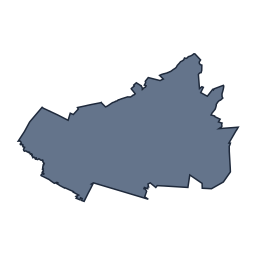 Ocampo, Coahuila, Mexico (Albers equal-area conic projection), rotated 268°
{"feature_id": "50627088B78546697072074", "entity_name": "Ocampo", "entity_type": "district", "adm_level": 2, "iso_a3": "MEX", "parent_name": "Mexico", "parent_adm1": "Coahuila", "projection": "albers", "projection_center": [-103.054, 28.057], "detail": "fine", "context": "isolated", "style": "filled", "palette": "slate", "viewbox_px": 256, "rotation_deg": 268, "n_neighbors": 0, "source": "geoboundaries", "source_scale": "gbopen_adm2", "svg_char_len": 5165}
<svg xmlns="http://www.w3.org/2000/svg" viewBox="0 0 256 256"><g transform="rotate(268 128 128)"><path d="M84.2,228.8L101.1,228.4L103.9,228.5L106.1,228.5L108.3,229.5L109.3,229.8L109.4,228.3L111.8,229.8L121.2,235.7L122.4,236.6L125.0,238.2L124.8,234.3L124.2,218.9L125.8,221.5L126.4,221.9L128.5,221.8L128.9,221.8L129.6,222.2L130.9,218.6L133.6,220.4L135.9,215.9L136.5,215.0L137.0,215.0L138.1,211.5L140.0,212.5L141.3,213.7L143.8,215.8L145.1,216.3L147.4,217.0L148.5,217.0L151.0,218.8L152.3,220.3L152.6,221.4L154.6,223.8L156.1,223.1L158.8,223.1L162.2,224.2L163.6,224.6L165.9,225.1L166.8,225.1L167.3,224.8L164.2,215.5L163.2,214.8L163.8,214.5L163.7,214.0L157.0,208.4L158.5,205.8L160.2,203.0L160.8,201.9L166.0,204.7L166.7,203.3L164.9,200.8L179.1,200.2L180.5,201.5L180.8,203.0L183.0,203.7L188.3,204.0L188.8,202.5L190.2,201.5L191.5,201.5L193.5,202.9L199.7,197.5L199.9,196.5L198.6,194.7L197.7,192.8L197.2,190.8L196.0,189.6L195.5,188.5L196.0,186.9L194.1,186.0L193.2,184.6L192.4,182.8L190.9,181.5L188.9,179.5L188.1,179.0L186.9,178.3L186.2,177.5L185.2,175.9L185.1,175.6L183.4,173.2L182.8,172.0L182.8,171.7L182.2,170.4L182.0,170.0L182.0,169.5L181.7,169.1L181.4,167.9L181.2,166.9L181.0,166.1L180.8,165.0L180.6,164.5L180.5,163.9L179.5,161.4L175.7,165.0L174.3,161.7L177.7,150.0L174.1,146.9L172.6,147.2L170.3,145.8L169.6,147.5L168.8,147.2L168.2,146.8L168.2,146.4L167.8,145.9L167.7,145.6L167.3,145.0L166.0,143.8L165.9,143.6L167.8,143.6L168.7,143.1L169.7,142.7L169.6,142.4L170.0,142.2L172.9,137.9L170.7,135.2L169.7,135.7L167.7,133.1L167.3,132.6L166.9,132.7L162.0,136.4L161.7,136.2L161.2,135.6L161.2,135.4L160.9,135.2L160.8,134.9L160.6,134.5L160.7,134.2L160.3,133.9L160.1,133.5L158.9,131.7L159.1,128.6L157.4,122.5L156.5,119.9L156.5,119.4L156.3,119.2L156.1,118.7L155.6,118.2L155.4,117.8L155.3,117.2L155.2,116.6L154.9,116.1L154.6,115.8L154.6,115.5L154.4,115.0L154.2,114.6L154.1,114.3L154.1,114.1L153.9,113.4L150.8,108.4L150.2,107.2L149.9,106.2L154.0,102.4L154.5,102.2L154.4,102.0L154.1,100.8L152.8,92.5L151.9,87.5L151.7,86.6L150.2,78.2L148.7,79.0L143.4,73.8L144.8,70.8L137.8,68.4L143.5,58.2L150.7,44.1L151.7,42.9L139.2,31.5L137.4,29.9L128.1,24.4L118.7,17.8L118.7,18.0L118.8,18.2L118.8,18.4L118.7,18.6L118.8,18.7L119.0,18.8L119.1,19.0L119.0,19.4L118.9,19.5L118.7,19.7L118.2,20.0L118.1,20.3L117.8,20.4L117.7,20.4L117.5,20.6L117.4,20.6L117.1,20.7L116.5,20.8L116.4,20.7L116.1,20.2L115.9,20.1L115.7,19.7L115.4,19.8L115.1,20.0L115.1,20.5L115.3,20.8L115.3,21.2L115.3,21.4L115.2,21.5L114.8,21.7L114.9,22.2L115.0,22.3L114.9,22.4L114.6,22.4L114.4,22.2L113.7,22.1L113.3,22.6L113.1,22.6L113.0,22.4L112.9,22.4L112.7,22.7L112.7,22.8L112.7,23.1L112.5,23.4L112.4,23.4L112.3,23.5L112.2,23.7L112.3,23.9L112.3,24.0L112.1,24.0L112.0,23.9L111.9,23.7L111.6,23.6L111.3,23.4L111.0,23.2L110.8,23.2L110.4,22.9L110.2,22.8L109.7,22.9L109.4,23.1L109.1,23.1L108.9,23.4L108.7,23.4L108.5,23.6L108.4,24.0L108.6,24.7L108.6,25.2L108.3,25.7L108.1,26.2L107.6,26.4L107.5,26.9L107.5,27.4L107.4,27.4L107.2,27.4L107.0,27.7L107.0,27.9L107.2,28.1L107.3,28.2L107.2,28.6L106.9,28.5L106.6,28.5L106.4,28.7L106.3,29.1L106.1,29.3L105.6,29.5L105.3,29.6L105.2,29.6L105.3,29.9L105.6,30.2L105.6,30.4L105.6,30.6L105.5,30.8L105.0,31.2L104.6,31.3L104.4,31.3L104.3,31.2L104.1,30.9L103.8,30.8L103.7,30.9L103.5,31.3L103.3,31.4L103.0,31.7L102.9,31.7L102.7,31.5L102.3,31.6L102.1,31.7L101.9,32.0L101.7,32.0L102.0,32.8L102.0,33.2L101.8,33.3L101.5,33.6L101.1,33.9L101.2,34.1L101.3,34.6L101.3,35.2L101.0,35.2L100.9,35.2L100.8,34.9L100.8,34.5L100.8,34.3L100.7,34.2L100.4,34.3L100.4,34.6L100.1,34.5L100.0,34.8L100.1,35.1L100.1,35.4L100.0,35.6L99.9,35.8L99.7,36.1L99.6,36.3L99.6,36.6L99.7,36.9L99.8,37.1L100.1,37.4L100.3,37.7L100.2,38.1L100.0,38.6L99.9,38.7L99.6,38.8L99.4,39.0L98.7,40.2L98.7,40.4L98.8,40.6L98.8,40.8L99.0,41.2L98.9,41.4L98.8,41.7L98.6,41.7L98.2,41.7L98.1,41.8L97.9,41.9L97.7,41.8L97.5,41.7L97.4,41.7L97.2,41.7L96.5,42.3L95.9,42.5L95.7,42.9L95.5,42.7L95.2,42.6L94.9,42.8L94.7,42.6L94.8,42.3L94.4,42.0L94.2,42.0L94.1,42.3L93.9,42.3L93.8,42.0L93.5,41.8L92.8,41.7L92.7,41.7L92.1,41.5L91.8,41.4L91.3,41.5L91.0,41.4L90.8,41.3L90.4,41.5L90.2,41.7L89.9,41.1L89.7,41.0L89.4,41.3L89.0,41.6L89.0,41.8L88.9,41.9L88.7,41.9L87.9,42.0L87.8,41.9L87.8,41.6L87.6,41.4L87.5,41.2L87.3,41.2L87.2,41.1L86.9,40.8L86.6,40.6L86.3,40.8L86.3,41.0L86.2,41.4L85.9,41.9L85.6,42.1L85.5,42.3L85.2,42.3L84.9,42.3L84.8,42.2L84.8,41.9L85.2,41.8L85.3,41.5L85.3,41.2L85.0,40.2L84.8,40.0L84.6,39.9L84.3,39.7L84.2,39.6L83.9,39.6L83.8,39.4L83.6,39.4L83.2,39.9L83.2,40.0L79.1,47.6L78.0,48.8L75.4,52.3L75.3,52.6L75.5,53.0L75.7,53.4L75.7,53.6L75.8,54.0L76.1,54.7L76.1,55.0L75.9,55.7L75.8,55.9L75.6,56.1L75.3,56.0L74.8,55.0L73.7,56.8L73.1,57.5L70.2,62.5L70.5,62.8L66.3,71.3L65.8,71.0L62.7,76.3L61.5,73.6L60.7,74.7L59.6,73.7L57.9,77.5L59.9,78.2L59.1,79.7L57.2,79.1L56.2,81.6L64.2,85.9L68.4,88.3L73.0,90.8L73.3,89.6L74.4,91.5L64.7,120.4L56.1,145.8L58.6,142.3L64.1,144.4L66.3,143.2L66.8,141.8L68.0,142.3L67.4,143.9L66.6,145.6L69.0,146.1L68.8,146.5L71.3,146.0L72.4,148.3L67.6,153.7L69.4,155.2L68.8,162.1L66.5,185.8L78.9,188.1L70.1,200.1L65.2,200.1L64.4,209.3L70.7,221.4L73.1,223.2L77.1,226.2L80.0,228.4L80.6,228.8L84.2,228.8Z" fill="#64748b" stroke="#1e293b" stroke-width="1.5"/></g></svg>